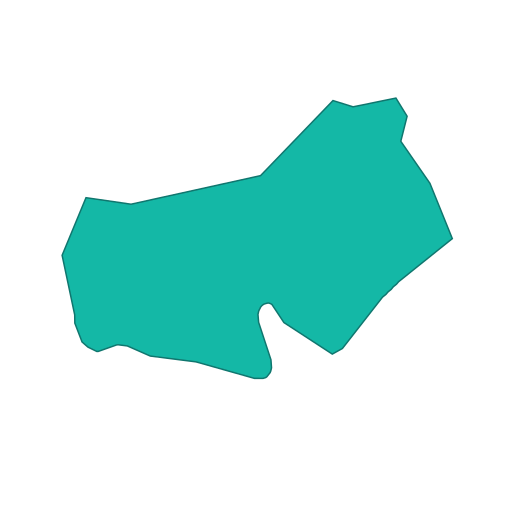 outline of Hillingdon, rotated 67°
{"feature_id": "GBR-2753", "entity_name": "Hillingdon", "entity_type": "London Borough", "adm_level": 1, "iso_a3": "GBR", "parent_name": "United Kingdom", "parent_adm1": "", "projection": "equal_earth", "projection_center": [-0.412, 51.535], "detail": "fine", "context": "isolated", "style": "filled", "palette": "teal", "viewbox_px": 512, "rotation_deg": 67, "n_neighbors": 0, "source": "natural_earth", "source_scale": "10m", "svg_char_len": 789}
<svg xmlns="http://www.w3.org/2000/svg" viewBox="0 0 512 512"><g transform="rotate(67 256 256)"><path d="M376.1,224.1L328.2,256.3L306.7,260.3L305.4,261.4L304.3,262.6L303.8,264.0L303.4,267.1L303.6,268.6L304.0,270.0L304.7,271.5L307.6,274.9L310.5,277.0L318.1,279.5L357.4,282.8L365.0,285.4L367.7,287.4L368.9,288.6L371.4,293.2L371.7,294.6L371.4,297.4L368.0,305.3L330.0,352.6L306.8,392.4L288.5,409.6L283.9,417.5L283.4,418.9L282.2,438.5L281.6,439.9L274.2,446.3L267.2,449.7L247.0,449.0L239.4,445.9L179.6,434.2L135.9,389.7L159.5,350.8L183.8,220.4L143.0,124.4L156.6,108.4L165.3,65.5L186.4,62.3L207.0,77.9L257.1,67.5L316.7,68.5L335.4,134.8L336.8,137.6L338.0,141.7L339.5,144.5L340.7,148.6L342.1,151.4L343.3,155.6L374.9,212.6L376.1,224.1Z" fill="#14b8a6" stroke="#0f766e" stroke-width="1.5"/></g></svg>